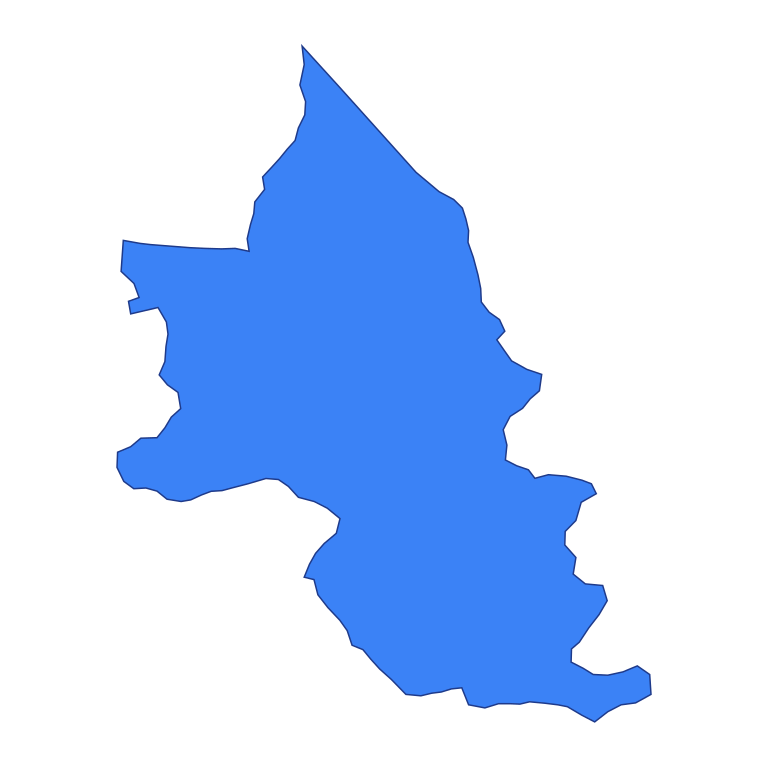 the district of Tanguá, Rio de Janeiro, Brazil
{"feature_id": "56859067B54555511090464", "entity_name": "Tanguá", "entity_type": "district", "adm_level": 2, "iso_a3": "BRA", "parent_name": "Brazil", "parent_adm1": "Rio de Janeiro", "projection": "robinson", "projection_center": [-42.724, -22.773], "detail": "fine", "context": "isolated", "style": "filled", "palette": "blue", "viewbox_px": 768, "rotation_deg": 0, "n_neighbors": 0, "source": "geoboundaries", "source_scale": "gbopen_adm2", "svg_char_len": 2000}
<svg xmlns="http://www.w3.org/2000/svg" viewBox="0 0 768 768"><path d="M352.1,645.3L362.9,649.6L370.9,659.3L379.7,669.0L391.4,679.5L405.9,694.4L420.9,695.8L431.7,693.2L441.3,692.0L451.4,688.9L461.8,687.8L468.6,704.8L484.9,707.9L498.5,703.7L510.1,703.7L519.9,704.1L529.6,701.8L544.7,703.2L557.8,704.8L567.4,706.7L582.0,715.3L594.7,721.9L607.8,711.7L621.1,704.8L635.6,702.9L651.0,694.4L649.7,674.5L637.3,665.9L622.9,671.9L607.8,675.2L593.2,674.5L583.2,668.3L571.1,662.1L571.5,648.9L579.3,642.2L588.9,627.7L599.0,614.7L607.2,600.7L602.7,585.5L585.3,583.9L573.2,574.1L575.9,557.5L564.8,545.0L565.2,531.4L575.9,520.5L581.2,502.3L596.3,493.7L591.4,483.8L582.0,480.2L566.2,476.2L548.4,474.7L534.9,478.3L528.4,469.8L516.5,465.7L505.4,460.0L506.9,445.1L503.2,429.7L510.1,416.4L522.6,408.3L530.2,398.8L539.4,390.8L541.7,374.4L526.9,369.4L511.6,360.9L504.4,350.7L496.8,339.8L504.8,331.2L499.5,319.6L489.1,312.2L481.3,302.0L480.7,288.5L478.0,275.0L473.3,257.4L468.0,242.3L468.6,230.6L465.9,219.0L462.4,208.1L453.8,199.6L439.1,191.7L416.0,172.3L338.8,86.4L302.1,46.1L304.2,64.6L299.9,85.0L305.6,101.6L304.8,114.9L298.4,127.9L295.1,140.5L287.4,149.0L279.4,158.8L271.0,168.0L262.6,177.0L264.6,189.4L254.8,201.9L253.8,213.6L250.5,224.5L247.2,238.7L249.1,251.3L235.2,248.4L221.6,248.9L204.8,248.4L190.1,247.7L150.6,244.6L140.1,243.4L123.3,240.4L121.1,271.4L134.0,283.5L139.1,297.5L128.5,301.3L130.7,313.9L158.0,307.5L166.4,322.0L168.0,334.1L166.0,346.4L164.9,361.6L159.2,374.9L167.4,384.8L178.0,392.4L180.7,408.6L171.3,417.1L164.9,427.8L157.0,437.7L140.8,438.2L130.7,446.7L117.6,452.2L117.0,467.4L123.8,481.4L133.8,488.7L145.9,488.0L157.0,491.1L167.0,499.2L181.1,501.5L190.7,499.9L201.6,494.9L211.2,491.3L222.1,490.6L231.7,488.0L247.9,483.8L265.9,478.5L278.4,479.5L288.4,486.4L298.4,497.3L314.2,501.5L327.3,508.2L340.0,518.6L336.3,533.3L324.2,543.5L315.6,553.3L309.5,564.2L304.2,577.2L314.0,579.6L317.9,594.8L327.9,607.6L339.8,620.2L347.2,630.6L352.1,645.3Z" fill="#3b82f6" stroke="#1e3a8a" stroke-width="1.5"/></svg>